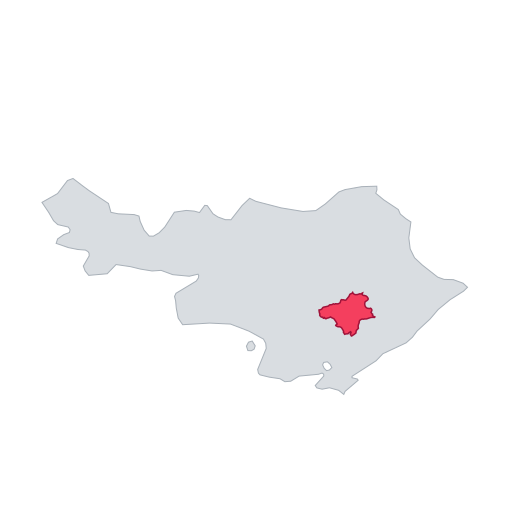 location of Gugark, Lori, Armenia, rotated 148°
{"feature_id": "60910142B58118729111038", "entity_name": "Gugark", "entity_type": "district", "adm_level": 2, "iso_a3": "ARM", "parent_name": "Armenia", "parent_adm1": "Lori", "projection": "mercator", "projection_center": [44.544, 40.817], "detail": "fine", "context": "in_parent", "style": "filled", "palette": "rose", "viewbox_px": 512, "rotation_deg": 148, "n_neighbors": 0, "source": "geoboundaries", "source_scale": "gbopen_adm2", "svg_char_len": 3995}
<svg xmlns="http://www.w3.org/2000/svg" viewBox="0 0 512 512"><g transform="rotate(148 256 256)"><path d="M230.8,308.3L227.2,302.5L209.2,283.5L192.6,268.9L181.2,262.8L169.6,263.4L151.8,266.4L145.2,265.1L129.6,258.8L116.6,251.2L118.4,248.0L121.2,245.7L117.9,235.9L110.7,220.0L111.4,215.0L109.1,208.1L106.6,202.8L116.8,190.4L121.5,180.3L122.5,170.5L119.8,160.3L113.1,141.8L108.9,136.5L101.2,131.4L94.8,123.2L93.2,117.4L98.6,116.2L114.5,116.1L129.8,114.1L141.8,110.3L159.2,107.0L166.4,104.2L174.7,102.8L200.2,105.9L209.7,103.5L238.3,103.1L239.1,101.9L235.2,97.9L235.2,96.5L252.2,94.0L254.9,92.1L257.1,98.3L263.5,105.3L270.5,108.0L274.3,111.9L274.4,114.8L262.1,118.3L261.2,120.0L262.0,121.7L265.7,122.6L283.1,131.3L292.9,131.4L298.1,134.1L300.7,139.2L309.0,146.3L315.6,153.1L316.0,155.4L314.7,158.9L296.3,172.2L294.0,176.8L293.7,181.6L301.8,196.0L313.7,211.8L330.9,223.7L354.6,236.6L354.9,244.6L351.2,254.1L347.9,260.6L346.5,264.9L343.6,266.8L320.0,266.4L316.5,267.9L314.9,269.8L314.8,271.3L323.3,274.2L336.5,284.3L344.1,294.1L352.1,298.4L361.0,306.2L368.1,313.5L379.2,322.9L391.6,319.8L408.1,328.2L408.8,333.9L407.8,339.0L397.4,344.5L396.1,346.8L396.1,348.7L397.5,351.4L403.6,355.9L410.7,362.6L418.8,372.6L415.2,375.6L407.7,376.0L401.8,374.8L399.7,376.8L399.9,380.1L407.5,387.7L409.0,393.2L408.7,402.8L409.1,414.9L391.2,414.1L375.9,419.9L370.1,418.7L366.3,408.5L363.0,400.1L353.3,378.7L355.9,369.9L350.5,364.8L337.4,355.7L334.1,351.9L335.9,346.7L337.2,337.2L336.0,329.5L332.5,327.2L325.9,327.0L318.0,328.9L302.0,336.4L291.0,331.6L284.6,326.8L280.9,322.8L272.6,326.1L270.6,324.5L270.1,314.6L267.6,309.2L262.7,303.0L258.0,300.0L241.0,306.2L230.8,308.3ZM257.2,128.4L257.7,124.7L256.9,121.4L254.2,120.4L250.8,121.2L250.5,124.9L251.5,128.4L255.0,129.9L257.2,128.4ZM311.9,184.6L308.0,186.9L304.3,185.9L304.3,180.2L307.0,178.0L310.1,178.1L313.0,180.1L311.9,184.6Z" fill="#d9dde1" stroke="#a8b0b8" stroke-width="1"/><path d="M185.2,168.2L185.9,168.3L186.7,167.9L186.8,168.0L188.1,169.0L190.3,169.5L192.0,170.4L192.8,171.2L193.4,172.5L193.4,173.4L193.3,173.9L194.5,173.5L196.1,173.8L196.8,173.7L198.6,172.5L203.0,171.0L203.9,171.2L204.9,172.4L205.9,173.0L206.4,173.6L206.9,173.7L207.7,173.3L209.4,171.8L211.1,171.8L212.4,172.3L213.9,173.4L214.9,173.5L215.7,174.4L216.4,174.5L217.1,174.5L217.8,174.7L219.3,175.5L219.9,175.5L220.7,175.3L221.5,175.3L226.1,176.9L227.1,176.7L227.9,176.3L228.5,176.2L229.5,176.2L231.2,176.8L232.0,175.1L232.4,174.1L232.5,173.0L233.3,172.2L233.4,171.5L233.3,170.4L232.9,169.5L231.8,168.7L231.9,167.6L231.6,167.3L231.1,167.3L230.5,167.4L230.4,166.1L229.5,165.6L228.7,165.6L227.8,165.3L227.3,165.1L225.4,164.8L225.0,164.8L224.6,163.7L223.9,162.7L223.1,161.2L223.1,160.2L223.0,158.9L223.0,158.0L223.0,157.1L223.2,155.3L223.8,155.3L224.4,155.3L225.2,154.8L225.1,154.3L224.7,153.7L224.4,153.1L224.0,152.6L223.3,152.1L222.4,151.5L221.8,150.6L221.5,149.7L221.5,149.2L221.5,148.1L221.5,146.9L221.6,146.0L221.7,145.9L221.8,145.4L222.3,145.0L222.3,144.3L222.3,143.5L222.3,142.6L221.4,142.4L220.5,142.0L219.2,141.3L217.9,141.7L216.7,141.7L215.9,141.7L215.8,141.0L216.2,140.4L216.9,140.3L217.5,139.7L217.5,138.5L217.5,137.6L216.5,137.4L215.9,137.5L214.3,137.5L212.0,137.8L211.5,138.6L210.2,139.8L208.9,140.0L207.4,140.5L207.0,141.6L206.3,142.7L205.3,143.7L203.9,144.7L203.0,146.0L201.4,146.6L199.9,146.4L199.0,146.0L198.1,145.3L197.2,145.1L196.2,144.4L195.3,144.0L193.1,143.5L191.2,143.0L189.5,142.1L188.1,141.1L187.5,141.3L188.3,142.6L188.7,144.0L187.9,144.8L188.2,145.4L188.3,146.5L188.3,147.3L187.6,147.7L187.3,147.9L186.7,148.3L186.3,148.9L186.2,149.5L186.2,150.2L186.5,151.0L187.6,151.3L188.3,151.9L189.2,152.6L189.8,153.7L190.0,154.5L190.0,155.7L189.7,156.7L189.3,157.6L188.7,158.4L188.6,158.5L187.9,159.2L187.3,159.4L187.1,159.4L185.8,159.4L184.9,159.5L184.1,159.7L183.5,160.3L183.3,161.4L183.4,162.4L183.5,162.8L183.9,163.9L184.6,164.6L184.9,164.9L184.9,165.0L185.6,165.4L186.1,166.2L186.3,166.8L186.0,167.5L185.2,168.2Z" fill="#f43f5e" stroke="#9f1239" stroke-width="1.5"/></g></svg>